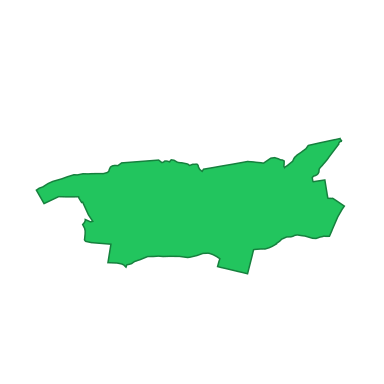 Movileni, Galati, Romania, rotated 105°
{"feature_id": "2599482B38309693549911", "entity_name": "Movileni", "entity_type": "district", "adm_level": 2, "iso_a3": "ROU", "parent_name": "Romania", "parent_adm1": "Galati", "projection": "orthographic", "projection_center": [27.365, 45.757], "detail": "fine", "context": "isolated", "style": "filled", "palette": "green", "viewbox_px": 384, "rotation_deg": 105, "n_neighbors": 0, "source": "geoboundaries", "source_scale": "gbopen_adm2", "svg_char_len": 3868}
<svg xmlns="http://www.w3.org/2000/svg" viewBox="0 0 384 384"><g transform="rotate(105 192 192)"><path d="M202.6,302.0L203.5,303.8L205.2,307.2L205.9,310.5L209.6,316.4L213.0,321.2L217.8,329.2L221.0,333.1L222.8,334.8L225.7,337.4L227.6,340.2L227.9,340.6L229.2,341.7L230.3,342.6L230.5,342.8L241.5,331.9L231.0,319.6L229.2,312.1L226.1,300.7L226.0,300.3L227.2,299.6L230.7,295.9L230.1,295.0L240.4,286.5L240.7,286.3L246.0,280.3L247.1,282.2L246.2,288.0L247.4,287.7L248.1,287.8L248.8,287.9L250.2,288.4L251.7,289.2L254.9,286.3L257.3,285.1L260.1,284.4L265.6,283.5L266.0,283.5L266.8,282.6L267.2,281.8L266.9,275.7L266.8,275.4L263.4,256.8L282.0,254.9L280.0,246.0L279.7,241.3L280.1,239.1L281.7,236.3L281.1,236.2L280.6,236.2L280.2,236.3L279.5,236.2L279.0,235.7L278.1,233.9L276.8,231.8L274.9,230.3L273.7,229.1L272.9,227.7L272.3,227.0L272.2,226.9L272.1,226.7L271.0,224.9L265.8,218.1L264.3,212.6L262.6,207.8L261.8,203.2L259.9,197.0L257.4,187.2L256.4,179.2L255.4,176.9L252.1,170.8L248.5,165.6L247.4,162.1L247.0,161.0L246.9,160.5L246.8,159.1L246.9,157.3L247.0,156.0L247.3,154.4L247.7,152.7L248.0,151.3L248.2,150.9L248.7,149.4L249.2,147.8L252.6,148.0L254.9,148.0L256.5,148.0L257.4,148.0L257.4,147.6L257.4,145.8L257.4,144.0L257.3,143.1L257.3,142.2L257.2,140.4L256.9,128.8L256.9,127.4L256.7,123.2L256.6,117.2L256.3,117.2L256.1,117.2L239.4,117.4L239.0,117.4L231.8,117.6L231.2,116.4L229.3,111.0L228.5,108.2L228.1,106.6L225.9,103.1L223.7,100.4L220.3,97.0L220.0,97.2L216.7,94.5L214.4,93.2L210.9,88.9L209.7,84.9L208.7,83.1L207.1,81.3L207.1,81.1L206.2,79.2L205.8,75.0L205.3,71.5L205.5,63.6L204.8,60.2L203.2,57.8L202.5,56.9L201.2,54.2L200.5,53.2L200.2,51.4L199.2,47.8L193.3,46.9L192.1,46.8L178.5,44.8L178.0,44.7L176.1,44.2L175.8,44.1L169.8,42.5L166.2,41.2L163.1,50.1L161.9,53.7L161.7,54.5L162.0,55.3L162.9,59.0L162.5,59.3L162.3,59.4L161.3,59.9L161.0,60.0L159.2,60.9L158.2,61.3L154.7,62.9L146.0,66.8L149.3,74.4L150.7,77.6L150.4,78.0L147.0,79.6L145.8,79.0L145.2,78.7L144.8,78.0L144.3,77.2L143.7,76.5L143.0,75.8L141.7,75.0L139.9,74.6L137.0,75.1L135.5,74.6L135.0,74.3L133.7,73.7L133.0,73.2L130.5,72.1L129.4,71.5L126.4,70.1L124.7,69.4L122.4,68.6L115.0,65.6L107.7,62.6L107.1,62.9L106.9,62.9L105.7,62.5L105.4,62.4L104.4,60.9L103.6,60.9L102.8,62.4L102.5,62.6L102.0,62.8L104.3,67.1L104.4,67.5L106.3,71.2L106.7,72.0L108.4,75.3L111.5,81.4L116.5,90.9L116.9,91.6L117.2,91.8L117.3,91.9L117.6,92.0L118.7,92.4L119.0,92.5L120.6,93.1L120.8,93.2L121.1,93.4L121.6,93.9L122.7,94.7L123.6,95.5L125.0,96.5L127.1,98.3L129.0,100.0L129.9,100.5L130.1,100.6L130.4,100.8L130.8,101.1L131.2,101.4L131.4,101.5L132.3,101.9L132.5,101.9L132.5,102.0L132.9,102.1L133.6,102.3L136.2,102.7L142.0,106.9L144.2,109.0L144.3,109.0L143.7,109.7L143.2,110.0L141.5,110.2L138.2,111.0L138.1,111.4L138.0,111.7L137.7,113.0L138.0,114.7L137.9,115.6L137.6,117.0L137.5,118.6L137.5,119.9L137.4,121.0L137.5,121.2L138.0,122.4L138.8,124.4L139.0,124.7L139.1,124.8L141.2,126.6L141.9,127.2L145.4,130.2L145.5,130.3L145.7,130.5L145.7,131.0L145.9,133.1L146.1,134.2L146.6,137.1L146.7,137.5L147.0,140.1L147.4,142.3L148.0,145.2L148.0,145.9L148.2,146.3L148.7,147.4L150.6,151.4L154.6,159.9L160.1,171.9L162.7,177.4L167.0,186.8L169.5,187.5L169.4,187.9L168.8,189.0L168.3,190.2L167.8,190.8L166.4,192.0L166.2,192.3L165.2,192.7L164.8,193.0L164.4,193.4L164.0,193.9L163.9,194.4L164.0,195.1L164.6,196.8L165.0,198.4L165.4,199.0L166.6,200.6L167.0,201.2L166.8,201.8L166.3,202.7L166.1,204.2L166.3,207.3L166.4,209.1L166.5,209.9L166.7,210.6L166.8,211.3L167.0,212.7L167.0,214.0L166.0,217.5L166.3,220.4L167.6,221.1L168.7,221.4L168.6,223.6L168.8,225.2L169.3,226.5L169.9,226.8L170.5,227.2L171.4,228.7L170.6,230.6L169.8,232.5L179.8,260.9L182.1,267.5L185.7,270.4L186.3,273.4L187.4,275.7L189.0,277.2L191.5,277.7L193.4,277.7L195.0,278.7L196.1,280.5L197.2,282.4L197.8,284.7L199.0,289.2L200.4,294.0L201.4,297.0L202.0,299.5L202.6,302.0Z" fill="#22c55e" stroke="#15803d" stroke-width="1.5"/></g></svg>